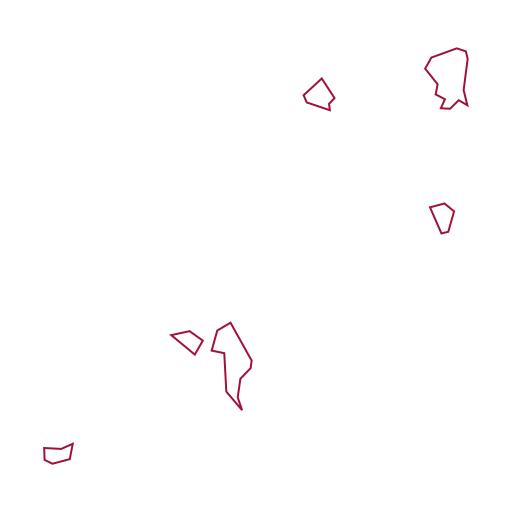 SVG path tracing the border of Marquesas Islands, rotated 88°
{"feature_id": "PYF-4967", "entity_name": "Marquesas Islands", "entity_type": "state/province", "adm_level": 1, "iso_a3": "PYF", "parent_name": "French Polynesia", "parent_adm1": "", "projection": "albers", "projection_center": [-139.551, -9.25], "detail": "coarse", "context": "isolated", "style": "outline", "palette": "rose", "viewbox_px": 512, "rotation_deg": 88, "n_neighbors": 0, "source": "natural_earth", "source_scale": "10m", "svg_char_len": 741}
<svg xmlns="http://www.w3.org/2000/svg" viewBox="0 0 512 512"><g transform="rotate(88 256 256)"><path d="M396.7,279.2L409.6,275.3L390.5,290.4L352.0,291.1L349.0,303.6L329.1,297.3L321.8,283.8L360.4,264.0L367.9,265.3L378.1,275.9L396.7,279.2ZM107.4,48.0L115.6,56.9L114.8,66.1L105.9,61.7L100.8,70.8L90.7,68.5L74.7,80.4L63.8,73.8L55.5,48.1L58.8,39.1L66.4,37.6L97.5,42.7L112.7,39.5L107.4,48.0ZM100.9,172.0L106.5,177.7L112.9,177.1L104.3,199.9L97.0,202.8L80.9,184.1L100.9,172.0ZM437.3,445.7L452.5,449.2L456.5,466.7L452.4,474.4L440.5,474.4L442.0,457.4L437.3,445.7ZM238.5,63.0L239.9,69.9L213.4,80.4L210.1,65.8L218.3,56.5L238.5,63.0ZM338.7,312.1L352.4,320.6L332.1,343.5L328.8,325.0L338.7,312.1Z" fill="none" stroke="#9f1239" stroke-width="2"/></g></svg>